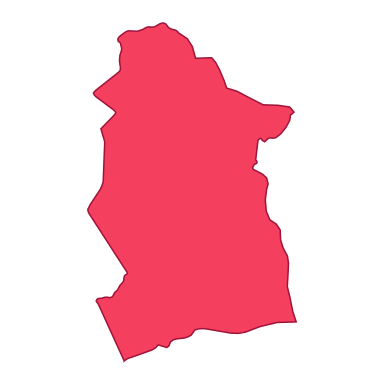 the Prefecture of Mandoul
{"feature_id": "TCD-1488", "entity_name": "Mandoul", "entity_type": "Prefecture", "adm_level": 1, "iso_a3": "TCD", "parent_name": "Chad", "parent_adm1": "", "projection": "orthographic", "projection_center": [17.512, 8.727], "detail": "fine", "context": "isolated", "style": "filled", "palette": "rose", "viewbox_px": 384, "rotation_deg": 0, "n_neighbors": 0, "source": "natural_earth", "source_scale": "10m", "svg_char_len": 2305}
<svg xmlns="http://www.w3.org/2000/svg" viewBox="0 0 384 384"><path d="M296.2,321.9L277.0,322.5L260.0,326.6L245.5,332.1L238.4,333.4L230.8,333.1L205.7,328.8L202.4,328.6L198.4,328.9L194.9,330.0L191.1,335.2L187.6,337.0L183.8,338.1L177.2,338.8L173.5,339.7L170.5,341.9L168.9,346.0L166.7,347.5L158.1,344.9L155.7,347.7L152.0,350.0L127.4,358.7L124.4,360.8L124.2,361.0L124.2,360.9L98.2,303.9L97.6,303.1L97.0,302.4L96.5,301.7L96.2,300.8L96.8,299.6L97.5,298.9L98.6,298.5L101.9,298.2L104.7,297.3L105.8,297.2L107.0,297.2L109.2,297.5L110.3,297.6L111.3,297.3L112.0,296.9L112.7,296.2L113.2,295.4L114.5,292.8L115.0,292.1L117.1,290.4L117.7,289.7L119.4,286.3L120.4,284.8L121.7,283.5L122.3,282.9L122.9,282.1L123.4,281.3L123.7,280.3L124.1,276.9L124.5,275.9L125.1,275.2L125.8,274.7L126.6,274.3L127.2,273.6L127.2,272.5L88.9,213.3L88.2,211.7L87.8,209.4L90.5,204.1L100.4,189.2L101.9,185.8L103.2,181.6L104.7,142.4L104.4,140.6L100.9,128.8L114.7,114.6L115.7,112.8L115.1,111.4L113.3,109.7L96.3,97.0L94.4,95.1L93.4,93.1L95.0,90.9L118.7,72.1L120.1,70.5L120.4,68.8L120.3,66.6L119.5,61.5L119.6,58.4L120.0,55.0L121.5,50.3L121.6,48.2L121.4,46.8L121.0,46.0L120.6,43.9L120.3,43.0L119.7,42.3L118.2,41.3L117.9,40.4L117.9,39.3L118.1,38.3L119.1,36.9L120.8,35.4L124.6,32.6L126.6,31.4L128.3,30.8L136.7,31.2L137.8,31.1L142.6,29.5L145.2,28.0L146.3,27.4L147.5,27.1L148.5,26.9L152.0,27.1L154.0,26.9L154.7,26.7L155.2,26.5L159.8,23.8L161.6,23.2L162.6,23.0L163.7,23.1L164.7,23.4L165.6,23.9L166.2,24.5L166.8,25.2L167.8,26.7L168.4,27.3L169.0,27.9L170.8,28.8L172.5,29.4L173.9,29.7L175.8,30.3L176.6,30.8L177.3,31.3L179.0,33.3L179.5,33.5L187.3,38.7L192.3,46.5L195.6,58.3L211.6,57.7L215.5,62.2L219.4,69.5L224.4,81.3L226.6,88.0L237.1,91.3L250.9,98.6L263.1,104.8L278.0,105.3L289.7,107.0L294.0,112.1L291.9,114.1L290.5,114.9L289.7,120.5L285.8,127.6L280.6,134.0L275.6,137.8L272.5,138.2L270.0,137.8L268.0,138.6L264.7,141.8L262.0,140.1L261.0,138.6L259.9,138.4L258.0,140.3L255.7,159.9L256.6,161.0L257.0,161.7L256.9,163.0L255.5,164.0L254.4,164.2L253.5,166.0L252.6,167.5L253.2,169.4L256.1,170.8L262.6,174.2L266.6,177.9L268.1,183.9L266.6,189.4L265.3,199.9L266.3,211.4L269.8,219.7L276.4,224.2L280.2,230.0L280.6,239.9L283.1,247.9L287.5,256.2L288.5,263.5L287.9,276.3L287.3,286.5L290.1,298.0L292.7,311.2L296.2,321.9Z" fill="#f43f5e" stroke="#9f1239" stroke-width="1.5"/></svg>